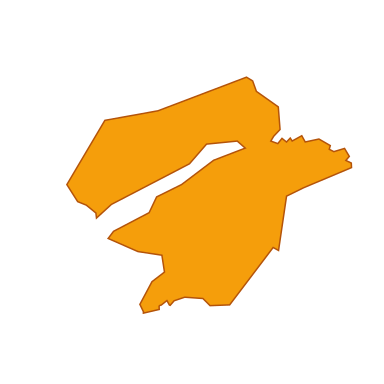 Beaufort, North Carolina, United States of America (Natural Earth projection), rotated 127°
{"feature_id": "52423323B44486980116087", "entity_name": "Beaufort", "entity_type": "district", "adm_level": 2, "iso_a3": "USA", "parent_name": "United States of America", "parent_adm1": "North Carolina", "projection": "natural_earth1", "projection_center": [-76.82, 35.478], "detail": "fine", "context": "isolated", "style": "filled", "palette": "amber", "viewbox_px": 384, "rotation_deg": 127, "n_neighbors": 0, "source": "geoboundaries", "source_scale": "gbopen_adm2", "svg_char_len": 1064}
<svg xmlns="http://www.w3.org/2000/svg" viewBox="0 0 384 384"><g transform="rotate(127 192 192)"><path d="M169.6,288.4L187.2,304.7L261.4,296.4L268.5,277.5L266.1,268.5L266.6,256.1L270.3,252.6L250.4,248.9L171.0,211.0L145.0,209.2L124.1,186.5L124.9,175.9L153.6,193.8L192.3,204.8L217.2,217.3L234.3,213.8L270.6,231.0L279.6,231.0L272.1,199.3L260.6,178.0L272.5,165.8L287.7,170.0L313.1,166.0L317.4,157.7L318.6,158.4L305.5,147.5L303.2,149.4L302.8,149.6L302.2,149.4L301.9,149.4L301.7,149.3L300.8,148.5L293.8,146.7L295.9,142.0L295.9,141.9L295.6,141.5L295.5,141.3L295.5,141.2L295.3,141.2L289.6,140.8L280.4,134.5L270.5,119.2L271.9,109.2L259.5,94.0L259.4,94.0L187.5,93.8L186.6,87.7L168.1,97.8L138.4,114.0L121.4,105.4L76.5,79.3L73.0,82.2L74.2,88.1L68.9,87.8L65.4,96.4L74.4,103.0L75.3,108.1L71.7,109.5L73.3,122.5L83.9,131.7L81.0,138.2L91.0,142.7L89.8,146.0L95.2,146.6L95.0,152.4L101.7,152.6L103.9,159.7L98.3,160.3L89.1,159.3L72.1,174.3L72.9,201.1L66.8,210.4L67.5,217.6L147.7,268.1L149.7,270.0L163.6,282.8L169.6,288.4Z" fill="#f59e0b" stroke="#b45309" stroke-width="1.5"/></g></svg>